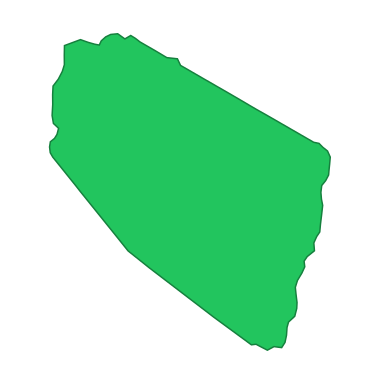 Almadina, Bahia, Brazil (Natural Earth projection), rotated 177°
{"feature_id": "56859067B14029450642321", "entity_name": "Almadina", "entity_type": "district", "adm_level": 2, "iso_a3": "BRA", "parent_name": "Brazil", "parent_adm1": "Bahia", "projection": "natural_earth1", "projection_center": [-39.669, -14.695], "detail": "fine", "context": "isolated", "style": "filled", "palette": "green", "viewbox_px": 384, "rotation_deg": 177, "n_neighbors": 0, "source": "geoboundaries", "source_scale": "gbopen_adm2", "svg_char_len": 1145}
<svg xmlns="http://www.w3.org/2000/svg" viewBox="0 0 384 384"><g transform="rotate(177 192 192)"><path d="M311.7,344.9L312.4,335.1L312.8,325.8L315.2,319.2L319.6,311.7L325.2,305.1L326.1,296.4L326.5,286.8L327.7,275.7L326.8,267.7L321.9,262.6L323.8,256.6L326.5,252.7L330.8,249.6L331.9,244.4L331.5,238.6L329.2,234.1L307.7,204.3L303.5,198.3L284.7,172.3L269.8,151.7L258.9,136.5L238.5,118.4L177.1,66.1L140.7,36.3L136.0,36.6L132.0,34.2L125.0,30.1L118.2,33.3L110.6,31.9L107.0,36.9L105.1,44.1L104.2,51.7L102.4,57.1L95.9,62.5L93.5,70.2L92.9,76.1L93.5,84.9L93.8,91.4L91.3,98.2L86.5,105.3L83.3,111.4L83.7,117.0L80.3,121.5L72.8,126.9L73.0,134.8L69.8,141.0L66.5,145.4L65.4,153.0L63.7,162.8L62.2,171.8L63.1,178.1L63.3,184.9L62.1,191.7L57.9,196.4L54.7,201.8L54.0,206.8L53.1,212.5L52.1,219.6L54.5,225.8L59.1,229.9L62.6,233.9L67.9,235.3L110.9,263.2L123.3,271.1L129.1,274.9L146.7,286.5L175.4,305.1L196.8,319.0L199.6,325.8L210.1,327.5L221.0,334.8L236.1,344.6L240.5,348.4L245.0,351.5L251.0,348.4L257.9,353.9L264.9,353.6L270.1,351.4L274.7,347.7L276.9,343.6L281.5,344.7L287.9,346.9L295.4,350.0L311.7,344.9Z" fill="#22c55e" stroke="#15803d" stroke-width="1.5"/></g></svg>